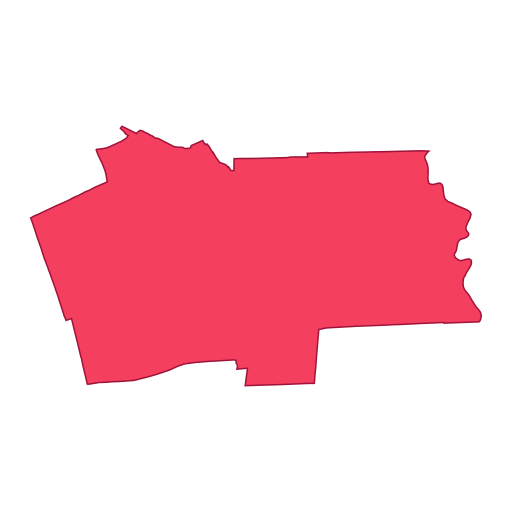 Foltesti, Galati, Romania
{"feature_id": "2599482B44549588747866", "entity_name": "Foltesti", "entity_type": "district", "adm_level": 2, "iso_a3": "ROU", "parent_name": "Romania", "parent_adm1": "Galati", "projection": "orthographic", "projection_center": [28.087, 45.725], "detail": "fine", "context": "isolated", "style": "filled", "palette": "rose", "viewbox_px": 512, "rotation_deg": 0, "n_neighbors": 0, "source": "geoboundaries", "source_scale": "gbopen_adm2", "svg_char_len": 5040}
<svg xmlns="http://www.w3.org/2000/svg" viewBox="0 0 512 512"><path d="M428.9,151.1L428.5,151.0L427.7,151.0L419.8,150.8L387.6,151.6L376.6,151.8L376.4,151.8L367.7,152.0L351.6,152.3L340.7,152.6L331.2,152.9L326.5,152.6L307.2,153.3L307.8,156.9L290.0,157.0L288.1,157.6L283.9,157.7L278.4,157.8L272.3,158.0L256.4,158.4L256.2,158.4L243.2,158.5L240.6,158.5L239.9,158.5L235.9,158.7L234.1,158.6L233.9,167.6L233.9,170.6L232.7,170.6L230.8,170.3L230.7,170.2L229.6,168.3L228.7,167.0L228.3,167.4L226.3,165.1L224.6,164.2L221.9,163.2L219.9,162.6L219.2,161.8L216.2,157.7L212.9,152.1L212.5,152.4L208.9,146.2L208.4,145.5L208.1,145.4L207.2,144.1L206.5,144.6L206.4,144.7L205.5,143.9L204.9,144.2L204.1,143.0L203.4,141.7L202.7,140.5L191.2,145.6L190.4,147.9L189.2,148.2L187.2,148.4L185.5,148.5L184.5,148.3L183.6,147.9L183.1,147.6L181.8,147.2L179.8,147.3L177.4,147.1L174.6,146.7L173.9,146.5L172.6,145.9L172.0,145.6L165.6,142.3L164.1,141.6L160.7,139.7L158.1,138.4L157.6,138.3L156.4,138.2L156.2,138.4L154.9,137.8L154.0,137.2L152.7,136.2L152.3,135.9L149.8,134.8L148.3,133.9L147.0,133.2L146.8,133.0L146.5,132.9L146.2,132.9L144.9,132.4L144.5,132.1L142.9,131.1L141.8,130.7L141.1,130.6L140.6,130.6L140.3,130.3L140.1,130.4L139.1,131.0L137.9,131.9L137.3,132.5L136.6,133.5L122.0,126.3L120.4,128.3L124.2,131.9L124.6,132.6L125.9,134.2L128.2,135.4L127.6,136.3L126.2,138.3L121.5,141.2L120.6,141.8L120.0,141.9L117.4,143.1L115.3,144.1L113.5,144.9L112.3,145.4L111.3,145.9L109.4,146.8L109.1,146.9L107.1,147.7L105.5,148.1L102.8,148.6L100.1,149.0L98.9,149.1L96.7,149.3L96.2,149.7L96.3,150.3L98.4,155.7L102.2,163.5L105.1,170.8L106.1,175.2L106.8,179.2L107.3,181.7L105.0,182.9L96.1,186.7L95.1,187.2L92.6,188.5L91.2,189.3L88.7,190.5L86.6,191.3L85.3,191.8L84.4,192.3L82.6,193.3L79.8,194.8L79.6,194.9L78.1,195.7L75.6,196.6L73.6,197.6L72.9,197.9L71.2,198.7L69.9,199.7L68.3,200.3L66.2,201.4L64.8,202.0L62.1,203.2L61.9,203.2L60.0,204.1L56.7,205.5L48.5,209.4L43.4,211.8L41.5,212.7L39.6,213.6L38.6,214.1L37.5,214.6L35.5,215.4L33.6,216.2L33.0,216.6L30.7,218.0L30.8,218.1L30.9,218.6L31.1,219.1L32.9,224.0L33.5,225.9L35.3,231.2L36.0,233.5L36.7,235.8L37.6,238.4L38.7,241.4L40.1,245.5L41.2,248.6L44.5,259.1L44.8,259.7L46.4,263.8L48.0,268.0L48.8,270.5L50.1,273.8L50.2,274.0L50.5,274.9L52.1,279.5L55.2,288.2L56.5,292.1L57.9,296.0L59.5,301.4L59.6,301.6L59.8,302.2L61.5,307.4L63.3,313.0L64.1,315.7L65.0,317.7L66.0,320.4L71.5,318.6L73.3,325.8L74.0,328.8L76.5,338.8L77.5,342.8L81.0,357.3L81.3,358.0L81.6,358.9L81.7,359.6L81.9,360.6L82.7,364.7L84.1,370.6L84.2,371.1L84.3,371.3L84.3,371.5L85.1,374.6L85.7,377.2L86.3,379.8L86.8,382.1L87.1,383.4L87.3,384.5L87.3,384.4L95.1,383.2L98.0,382.7L99.0,382.5L103.0,382.4L108.8,382.1L110.5,381.8L116.8,381.6L119.2,381.5L133.3,380.5L135.2,380.1L150.0,376.3L156.5,374.4L162.8,372.3L169.1,370.2L178.1,366.1L184.6,363.9L193.7,362.7L194.7,362.5L210.8,361.2L211.4,361.2L222.3,360.6L222.5,360.6L233.9,359.9L236.2,360.5L236.1,363.1L237.3,364.8L237.4,366.4L236.9,369.2L239.6,368.9L247.5,368.3L245.2,385.7L259.2,385.2L270.0,384.9L273.1,384.8L282.9,384.5L286.6,384.3L292.0,384.1L306.4,383.5L310.0,383.4L314.3,383.4L315.0,374.5L315.5,369.6L315.6,369.3L315.9,364.3L318.0,338.2L318.6,332.2L318.8,329.5L326.7,327.9L355.8,326.3L356.0,326.2L356.3,326.2L361.0,326.1L371.3,325.7L385.4,325.1L393.2,324.7L399.8,324.5L414.8,323.8L419.9,323.5L424.9,323.3L429.2,323.1L432.0,323.0L443.4,322.5L443.8,323.1L445.4,323.1L447.4,323.0L474.8,322.0L478.9,321.9L479.6,321.2L480.0,320.8L480.4,320.0L480.7,319.0L481.1,316.8L481.3,315.6L480.7,312.9L479.9,311.4L479.2,310.4L477.0,307.9L475.6,306.1L473.8,303.3L472.0,300.4L470.3,297.4L469.2,295.4L468.5,294.5L467.1,292.8L465.6,291.1L464.3,289.1L463.5,287.1L463.2,285.9L463.0,282.5L463.3,280.2L463.6,278.0L464.8,276.2L465.3,275.2L466.7,272.1L468.0,270.2L469.1,268.4L470.3,266.5L471.2,264.4L471.4,263.4L471.4,261.1L470.9,260.0L469.9,259.3L469.0,258.9L467.8,259.0L465.5,259.4L463.4,260.1L461.1,260.6L458.9,260.2L456.0,258.2L455.3,257.5L454.4,255.5L454.3,254.5L454.8,253.4L456.3,250.6L456.8,248.4L457.1,246.2L457.6,244.0L457.7,242.9L459.2,240.4L460.2,239.6L461.4,239.2L462.3,238.7L463.6,238.5L465.6,237.7L466.5,237.2L467.5,236.5L468.3,235.6L468.7,234.5L468.6,233.3L466.7,230.7L466.2,229.7L465.9,228.6L466.0,227.4L466.3,226.2L466.7,225.3L467.4,223.2L468.4,221.2L469.6,219.1L470.3,216.9L470.7,215.9L471.0,214.8L470.5,212.7L468.8,211.0L467.8,210.4L466.9,209.9L464.8,208.9L462.8,208.1L460.0,206.9L458.1,206.1L456.3,205.3L454.3,204.3L452.6,203.4L449.6,202.1L448.6,202.0L447.7,201.3L446.2,199.9L445.3,199.4L444.8,198.3L444.5,197.3L443.9,195.3L443.6,193.0L443.4,190.9L443.1,188.6L442.8,186.4L442.4,185.4L441.9,184.5L441.2,183.8L440.3,183.3L439.2,183.1L437.3,183.4L435.7,183.9L434.7,184.2L432.3,184.5L430.1,184.0L429.4,183.5L428.6,182.9L428.4,181.3L427.9,179.1L427.9,177.9L428.0,174.7L428.1,172.4L428.1,170.1L428.0,167.9L427.8,166.8L427.4,164.7L427.0,163.5L426.7,162.6L426.5,162.1L426.1,161.2L425.3,159.4L424.7,157.7L424.6,156.7L425.0,155.9L425.5,155.1L426.6,153.5L428.0,151.8L428.4,151.4L428.6,151.3L428.9,151.1Z" fill="#f43f5e" stroke="#9f1239" stroke-width="1.5"/></svg>